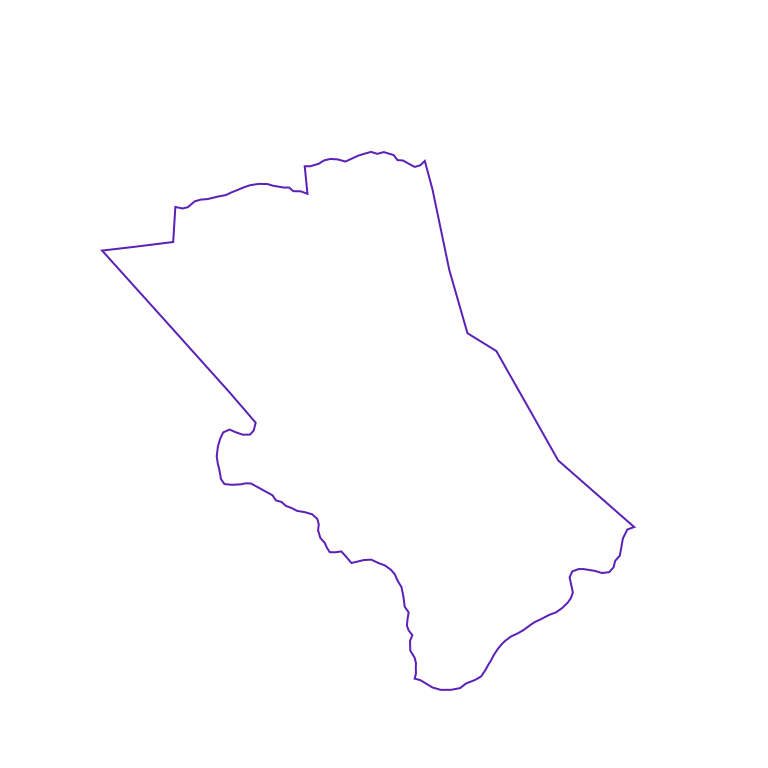 the district of Itatim, Bahia, Brazil, rotated 136°
{"feature_id": "56859067B14041367173049", "entity_name": "Itatim", "entity_type": "district", "adm_level": 2, "iso_a3": "BRA", "parent_name": "Brazil", "parent_adm1": "Bahia", "projection": "albers", "projection_center": [-39.715, -12.718], "detail": "fine", "context": "isolated", "style": "outline", "palette": "violet", "viewbox_px": 768, "rotation_deg": 136, "n_neighbors": 0, "source": "geoboundaries", "source_scale": "gbopen_adm2", "svg_char_len": 2043}
<svg xmlns="http://www.w3.org/2000/svg" viewBox="0 0 768 768"><g transform="rotate(136 384 384)"><path d="M199.7,516.1L205.9,516.1L211.1,518.8L213.3,525.7L215.1,531.6L218.8,535.7L218.0,541.9L223.0,550.9L229.0,554.3L232.1,560.0L238.8,563.6L244.0,566.2L250.3,568.4L257.2,570.8L261.4,577.9L266.4,583.3L271.9,586.5L278.0,587.8L285.9,591.9L289.8,595.7L306.9,574.0L310.1,580.5L315.3,585.7L315.8,591.3L319.5,594.8L326.1,603.7L329.0,608.9L335.3,615.1L342.0,619.9L347.7,622.6L356.5,626.1L361.2,628.0L366.2,629.6L373.3,634.2L382.5,639.6L387.7,643.9L393.3,646.9L402.4,647.5L407.0,650.2L411.1,656.3L437.0,632.6L470.4,657.7L494.1,675.8L497.7,573.2L500.9,485.7L503.2,445.3L510.1,441.0L515.5,440.7L520.7,445.5L524.1,452.1L526.7,458.5L533.3,460.9L539.7,458.5L546.9,454.4L554.6,448.2L559.1,441.8L561.7,437.2L564.4,433.1L567.3,429.0L568.3,422.9L563.4,417.1L556.7,411.3L552.3,408.5L548.8,404.8L541.5,381.3L542.6,375.3L539.7,370.4L539.2,364.3L536.7,359.2L534.7,353.2L530.1,347.0L526.2,340.2L525.7,333.2L528.4,328.4L533.0,324.6L536.7,317.6L537.0,310.8L538.7,306.2L539.9,300.8L536.2,297.0L531.0,293.2L531.2,285.8L531.8,277.9L527.1,275.1L520.7,271.3L515.2,266.5L512.3,258.9L509.4,253.0L508.1,245.8L508.4,239.8L511.0,232.5L512.5,225.8L517.5,217.9L523.9,209.3L524.9,202.6L530.3,198.6L535.4,194.2L537.4,189.8L538.1,183.6L543.9,181.0L550.3,173.9L552.1,165.8L554.9,161.0L558.6,157.4L562.3,153.4L566.6,150.8L563.5,145.5L561.6,138.4L560.0,132.1L555.6,124.5L547.9,117.2L540.5,112.4L533.1,111.6L523.9,107.8L517.3,106.2L509.7,107.8L503.6,109.7L498.4,111.0L493.5,112.7L486.6,114.3L480.5,115.0L475.4,115.1L467.8,114.1L460.7,111.6L454.1,110.0L446.7,109.1L441.2,108.1L434.8,105.9L425.7,103.2L418.8,100.2L411.4,99.1L403.8,99.1L398.2,100.2L392.9,102.9L389.8,107.9L384.8,116.0L378.7,118.4L372.6,115.7L369.0,112.2L362.4,103.5L358.6,96.7L352.7,92.2L346.1,92.7L340.6,96.2L333.7,96.7L327.9,100.8L319.4,107.0L310.0,110.3L303.4,107.3L311.8,208.0L310.0,215.0L298.4,259.5L280.3,329.7L288.7,362.5L257.8,420.7L214.0,490.2L199.7,516.1Z" fill="none" stroke="#5b21b6" stroke-width="2"/></g></svg>